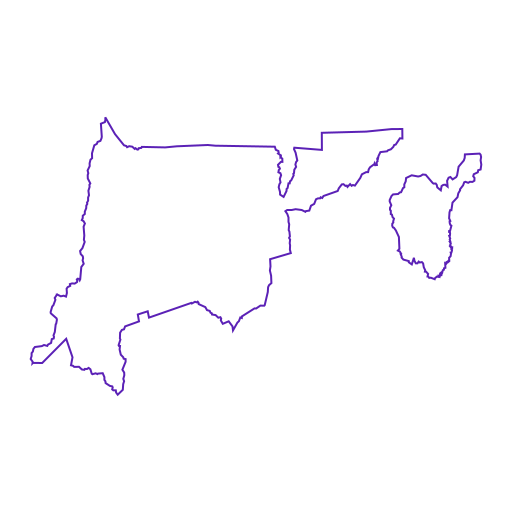 the district of Kasena Nankana West, Upper East, Ghana
{"feature_id": "2480657B70680953475259", "entity_name": "Kasena Nankana West", "entity_type": "district", "adm_level": 2, "iso_a3": "GHA", "parent_name": "Ghana", "parent_adm1": "Upper East", "projection": "equal_earth", "projection_center": [-1.202, 10.874], "detail": "fine", "context": "isolated", "style": "outline", "palette": "violet", "viewbox_px": 512, "rotation_deg": 0, "n_neighbors": 0, "source": "geoboundaries", "source_scale": "gbopen_adm2", "svg_char_len": 6019}
<svg xmlns="http://www.w3.org/2000/svg" viewBox="0 0 512 512"><path d="M117.7,394.7L122.8,389.8L123.2,384.1L124.1,381.2L123.3,378.9L124.3,375.2L124.2,372.6L122.4,369.7L125.6,361.8L125.6,359.1L123.7,358.7L123.2,357.2L120.8,354.7L119.6,349.5L120.0,346.0L118.9,345.9L118.6,345.2L120.4,339.6L119.9,338.5L120.1,332.7L121.9,329.9L124.0,329.3L125.1,326.4L139.0,321.4L137.8,314.5L147.7,311.3L149.0,317.6L191.3,302.9L191.8,303.5L195.0,301.8L196.9,302.4L197.7,301.7L198.5,302.7L198.7,304.1L205.3,307.1L207.0,310.1L209.7,310.9L210.5,312.7L211.8,313.3L212.0,314.5L215.6,315.1L218.3,317.7L220.4,317.2L221.2,318.6L220.8,320.4L222.8,323.8L228.7,321.3L232.5,326.4L233.0,330.4L237.4,322.6L238.9,321.2L240.3,317.5L241.8,318.0L241.9,316.4L254.5,308.4L256.1,308.5L260.4,305.6L264.2,305.7L264.7,305.2L267.8,292.0L268.1,287.2L269.0,285.2L271.4,283.1L271.1,275.7L269.9,270.5L270.5,266.4L270.1,259.2L290.8,253.1L289.9,249.6L290.1,245.3L289.7,243.2L290.1,239.6L289.1,237.9L289.9,236.4L289.4,231.6L288.7,230.1L289.2,224.3L288.5,221.9L288.5,217.5L287.3,214.0L285.4,211.2L287.2,210.0L291.7,210.0L295.6,209.2L301.7,210.0L305.4,211.8L305.9,211.1L309.3,210.6L311.0,205.7L314.2,203.9L316.0,199.3L317.9,198.4L320.2,198.3L320.7,197.3L322.2,198.0L323.5,196.0L337.7,191.0L338.8,188.3L341.8,184.4L343.5,184.2L345.4,185.9L346.8,185.6L347.5,186.9L350.1,184.1L351.6,185.8L352.9,185.0L354.9,185.6L360.3,177.9L361.9,174.3L366.2,172.1L368.1,172.1L368.7,169.4L370.0,167.3L373.8,164.5L374.4,164.8L374.6,163.8L375.2,165.2L376.9,165.0L376.5,162.5L377.6,161.2L377.2,158.8L377.5,158.2L378.0,158.5L378.5,156.0L380.4,152.1L387.1,151.3L388.0,150.3L390.9,149.3L393.3,146.9L394.2,145.0L395.7,144.6L399.9,138.3L402.4,138.5L402.3,129.0L391.3,129.1L366.2,131.6L321.8,132.8L321.9,149.9L294.3,147.7L294.0,149.1L295.6,152.7L297.3,160.5L296.1,162.0L295.4,164.5L296.1,166.9L294.3,169.7L294.0,173.1L293.3,173.9L293.7,175.3L291.2,180.4L290.0,181.3L289.7,183.3L288.5,183.3L287.6,188.0L286.6,189.0L286.5,191.0L283.6,196.9L280.1,194.6L280.0,191.9L278.7,187.2L279.4,184.2L280.5,182.4L279.8,178.9L281.1,175.2L280.4,173.2L278.4,172.3L278.8,170.0L279.9,168.7L279.3,167.2L278.4,166.9L278.0,164.8L280.9,161.9L282.4,161.9L282.3,158.6L280.9,157.6L280.9,156.7L280.4,157.2L280.3,155.0L278.0,153.5L278.7,152.7L278.4,151.0L275.8,149.8L274.8,146.7L215.4,145.7L207.8,145.0L176.8,146.3L165.2,147.4L141.8,146.9L141.3,147.9L138.7,148.2L138.3,149.4L137.3,149.6L135.5,148.2L134.7,148.9L132.3,146.7L129.2,146.2L127.1,147.2L126.3,146.0L124.0,145.3L115.0,134.1L105.3,117.3L105.4,119.6L104.9,122.1L100.9,123.7L101.8,136.8L101.5,138.3L100.4,140.9L97.6,141.9L96.8,143.9L94.3,145.3L92.0,153.3L92.1,158.2L90.5,159.7L89.6,163.3L89.7,166.1L87.6,170.5L88.3,173.2L87.7,175.0L87.8,178.5L90.3,183.4L89.4,184.8L89.6,186.9L88.4,190.8L89.0,195.2L88.1,197.5L88.1,200.7L87.0,202.7L87.3,203.9L86.3,205.6L86.2,208.2L84.8,211.6L84.8,214.0L82.8,215.7L82.7,218.2L81.8,220.1L83.6,221.2L84.9,223.5L83.6,226.7L84.3,235.5L83.9,239.8L84.7,241.9L82.4,248.2L80.1,251.0L80.7,254.0L82.8,256.3L83.1,258.2L82.6,260.4L83.7,263.8L81.3,267.0L80.2,279.3L79.7,280.3L79.0,278.9L77.6,278.7L76.8,279.5L77.3,280.9L77.0,282.1L74.7,283.6L72.1,283.4L69.9,284.1L70.2,285.9L67.7,287.1L66.6,288.7L66.9,293.0L66.0,296.6L63.7,295.7L60.8,296.3L57.0,294.4L56.7,293.6L56.8,294.9L54.7,298.0L55.4,299.8L53.4,305.2L52.2,306.5L50.6,312.1L50.8,313.3L56.6,318.4L56.9,319.8L56.2,323.7L55.7,324.3L54.8,332.0L53.5,335.4L54.0,336.8L53.7,338.5L51.8,339.1L51.1,342.9L48.0,344.6L47.3,345.9L44.0,345.0L41.9,346.1L34.9,347.0L33.4,348.9L32.9,351.5L31.6,353.1L31.6,356.0L30.7,359.0L32.7,361.8L32.5,363.3L32.9,362.9L42.2,363.0L66.2,338.8L72.5,357.3L71.0,365.3L73.0,365.8L74.2,366.9L79.0,366.8L81.9,369.5L84.4,369.8L84.9,368.9L87.0,369.0L88.6,367.9L90.4,369.3L91.7,373.6L92.4,374.2L95.7,373.3L97.4,374.1L98.0,373.6L102.7,373.2L104.4,377.1L104.4,379.9L105.4,381.3L105.6,383.1L109.9,385.9L112.3,386.4L112.7,387.5L112.2,389.4L113.3,390.3L115.8,390.3L116.1,392.5L117.7,394.7ZM451.4,252.5L452.0,250.5L451.4,249.3L452.1,248.9L452.2,247.4L451.1,247.6L450.3,246.6L451.0,246.5L450.1,245.1L450.8,243.6L449.8,241.8L450.4,241.7L449.7,239.5L450.2,238.5L449.2,235.8L449.9,235.6L450.1,233.5L449.9,232.2L449.1,232.0L449.1,231.0L450.1,230.7L451.4,225.7L450.3,224.8L449.7,223.0L449.6,221.3L450.3,221.0L449.1,218.3L449.5,212.3L450.2,210.1L451.4,210.2L452.5,202.6L457.5,197.2L458.3,193.3L460.1,190.3L460.0,189.3L463.1,185.3L464.2,182.3L465.4,181.8L468.2,182.8L469.9,181.8L472.5,181.9L474.4,180.7L474.5,177.9L473.2,176.2L473.8,174.2L477.8,172.3L478.2,170.2L480.6,169.5L481.3,164.6L480.6,160.3L481.1,157.0L480.6,154.7L479.6,153.6L464.9,154.4L464.7,157.9L463.8,160.5L458.6,166.7L457.1,175.3L456.2,177.1L452.6,179.4L450.4,177.0L448.6,177.7L447.1,180.8L447.6,186.6L445.2,184.7L443.3,184.9L441.6,186.0L440.8,190.3L437.3,187.4L436.7,184.8L435.7,183.5L433.5,183.6L432.7,183.0L425.7,174.8L422.8,174.5L420.5,176.0L418.1,176.5L411.7,175.3L406.1,178.0L405.7,181.4L404.3,184.4L404.3,187.3L403.0,188.1L401.1,192.2L399.7,192.5L398.1,194.0L393.1,194.4L391.5,196.0L389.7,200.0L389.7,201.5L391.3,205.2L390.0,207.9L390.0,209.8L390.8,210.7L390.8,214.1L391.9,214.6L392.6,217.2L394.0,218.6L393.2,221.3L393.3,222.5L392.3,223.7L392.2,225.7L392.9,227.4L394.0,227.8L395.9,230.5L398.9,237.0L399.4,248.8L397.9,250.6L399.8,251.5L401.1,253.7L400.6,254.0L401.7,256.6L401.6,257.6L403.4,259.6L408.8,261.1L408.8,262.3L411.8,264.4L413.9,257.8L414.5,260.9L415.8,263.3L417.5,263.3L418.7,261.6L419.7,262.5L421.9,262.1L423.1,263.4L423.8,267.3L425.2,270.2L424.9,271.6L426.1,271.7L428.1,273.9L427.5,276.5L428.3,276.6L429.2,277.9L430.8,277.7L434.7,279.2L435.0,278.2L436.9,276.6L438.6,276.9L438.5,275.8L439.4,276.0L439.7,275.0L440.0,275.7L440.4,274.5L440.7,275.3L441.4,275.2L441.5,274.6L440.6,274.0L440.8,273.2L441.4,273.2L441.3,272.6L441.9,272.0L442.3,272.3L442.8,270.2L443.9,269.7L444.0,268.3L445.4,267.8L445.2,263.8L445.6,264.2L446.1,262.8L446.6,262.8L446.5,262.1L446.9,261.9L447.0,262.7L448.5,260.7L448.7,261.6L449.3,261.1L449.1,257.8L450.6,256.2L451.0,253.6L450.7,252.6L451.4,252.5Z" fill="none" stroke="#5b21b6" stroke-width="2"/></svg>